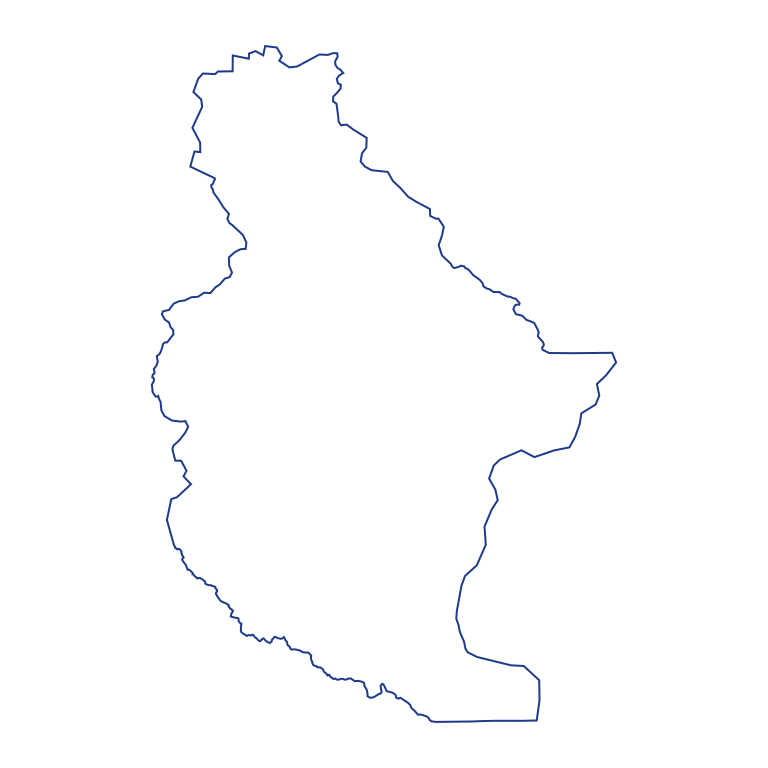 Chelan, Washington, United States of America (Albers equal-area conic projection)
{"feature_id": "52423323B33569460093340", "entity_name": "Chelan", "entity_type": "district", "adm_level": 2, "iso_a3": "USA", "parent_name": "United States of America", "parent_adm1": "Washington", "projection": "albers", "projection_center": [-120.784, 47.904], "detail": "fine", "context": "isolated", "style": "outline", "palette": "blue", "viewbox_px": 768, "rotation_deg": 0, "n_neighbors": 0, "source": "geoboundaries", "source_scale": "gbopen_adm2", "svg_char_len": 6079}
<svg xmlns="http://www.w3.org/2000/svg" viewBox="0 0 768 768"><path d="M174.0,545.3L174.9,546.5L175.0,547.6L175.2,547.9L175.9,548.0L176.3,548.7L177.2,549.3L177.8,549.4L178.2,548.9L178.7,548.9L180.1,549.5L180.6,550.4L181.3,551.2L181.5,551.6L181.4,553.2L182.0,554.0L181.9,554.5L182.0,555.1L183.0,556.4L183.2,557.2L183.6,557.5L182.5,558.6L182.2,559.1L182.2,559.7L183.2,561.6L185.0,563.8L185.5,564.6L186.2,565.3L186.6,567.4L187.1,568.2L187.4,569.5L187.7,569.8L188.6,569.6L189.1,569.7L190.8,571.0L191.0,571.5L191.3,571.9L192.3,572.4L192.6,572.8L192.8,573.8L192.6,574.3L193.4,574.4L194.9,576.5L195.8,576.9L196.9,577.9L197.3,578.5L197.9,578.0L199.0,578.1L199.8,577.9L203.0,579.8L203.6,580.6L205.0,581.4L205.3,583.5L205.7,584.0L208.1,585.0L209.1,585.2L210.2,585.1L211.1,585.5L211.6,585.4L212.0,585.8L212.9,586.1L215.2,586.8L215.5,588.3L216.3,589.0L217.1,590.4L217.2,590.9L216.8,591.3L216.9,591.8L216.1,592.6L216.0,593.1L215.9,594.1L216.6,594.8L216.9,595.3L217.0,595.9L218.5,597.9L218.9,598.2L218.9,598.7L219.6,599.6L221.3,601.6L222.4,601.7L223.7,602.6L225.2,602.8L227.4,604.5L228.4,604.8L228.9,605.4L228.6,606.4L228.9,606.9L229.3,607.1L230.1,608.5L230.5,608.9L231.5,609.2L232.0,610.0L233.0,610.9L232.9,611.3L232.1,612.4L232.0,612.9L231.1,614.2L231.0,615.7L230.8,616.3L231.4,616.8L234.1,617.4L235.1,617.8L237.7,618.0L238.5,618.7L238.7,621.3L240.1,623.0L241.3,623.6L241.5,624.0L240.8,626.3L240.8,626.7L241.1,627.2L240.8,629.3L241.0,629.8L240.8,630.8L240.9,631.3L241.1,631.8L243.0,633.6L244.4,634.4L244.8,634.4L246.4,635.8L247.0,635.9L248.3,635.1L248.8,635.0L249.8,635.3L251.6,635.4L252.0,635.2L252.3,634.8L252.7,634.7L253.9,635.7L254.7,637.1L256.9,638.6L258.0,640.0L259.2,641.0L259.7,641.1L260.7,640.8L261.2,640.4L261.3,639.7L262.9,638.5L263.3,638.4L264.2,639.0L265.5,640.6L266.5,641.1L267.2,641.9L269.8,643.0L271.5,641.6L271.8,641.2L271.8,640.1L272.0,639.6L272.9,638.9L274.0,637.4L274.7,636.8L275.1,636.8L278.2,638.3L279.4,638.4L280.5,638.8L281.8,638.6L282.8,638.1L283.7,637.1L284.1,637.3L285.0,639.1L285.3,640.1L287.1,642.0L287.2,643.6L287.8,645.3L288.5,646.0L289.4,646.5L289.9,647.3L290.3,648.5L291.1,649.5L293.9,649.3L296.8,649.7L298.2,650.2L300.5,650.6L300.9,651.3L303.9,652.5L305.0,652.3L306.6,652.7L308.0,652.5L308.8,652.9L309.3,653.4L309.4,653.9L310.4,654.7L311.2,655.5L311.2,656.0L310.8,657.1L310.9,657.6L311.1,658.0L311.0,659.4L311.9,661.0L312.4,662.8L312.4,663.3L312.9,664.1L313.3,665.1L314.2,665.6L316.5,666.1L317.0,667.0L317.5,667.3L319.6,667.3L320.6,667.5L323.1,669.5L323.5,670.5L323.8,671.6L326.6,673.9L326.9,674.3L327.2,675.3L327.7,675.5L328.0,675.5L328.7,674.8L329.2,674.8L329.6,675.3L330.3,676.5L331.3,677.6L332.2,677.9L333.4,679.0L335.4,678.5L336.4,679.5L338.5,679.7L340.9,678.9L343.2,678.9L344.5,679.7L346.3,679.4L346.7,679.5L347.6,678.8L350.8,678.4L354.6,681.1L358.1,680.9L361.6,681.6L364.1,682.9L364.5,686.1L366.8,689.9L367.5,693.5L367.5,696.2L369.9,697.7L372.5,697.6L375.1,696.4L379.0,693.9L380.6,693.6L381.7,691.6L381.0,689.0L380.6,685.9L382.1,683.9L383.3,684.2L384.5,686.4L386.6,691.1L391.1,692.3L393.3,693.1L395.6,694.9L396.1,697.6L398.5,698.7L399.5,698.1L400.4,697.8L407.7,702.6L410.1,704.8L411.4,708.0L414.8,711.0L417.9,714.7L420.1,714.5L423.0,715.1L427.2,716.7L428.7,718.1L429.6,719.8L431.2,721.3L435.9,721.9L471.6,721.5L484.9,721.0L495.6,720.8L523.1,720.8L536.7,720.5L539.5,700.5L539.2,680.2L523.7,666.0L510.9,665.3L477.1,657.0L467.7,652.3L465.3,648.3L464.1,641.8L459.8,631.7L458.5,624.9L456.3,618.8L456.8,611.3L461.5,585.6L465.0,576.0L476.8,565.3L485.8,544.7L484.5,526.7L491.5,509.9L497.7,500.1L495.4,489.7L489.1,478.6L493.8,465.4L500.1,459.5L521.4,450.3L534.4,457.1L554.1,450.4L569.4,447.4L575.2,436.8L579.8,423.7L581.3,413.4L595.6,404.5L599.3,395.5L596.9,384.0L605.8,375.6L616.1,362.5L612.2,352.8L573.4,353.2L549.1,353.0L542.6,349.8L542.0,348.0L543.2,346.2L543.9,344.4L542.7,341.7L537.9,336.4L538.2,333.8L538.8,332.5L537.4,328.9L534.2,323.0L531.2,321.6L526.1,319.7L523.8,317.1L521.8,315.6L515.9,314.1L513.4,309.4L514.2,306.7L515.6,304.9L517.4,304.6L519.2,304.7L519.6,303.2L515.7,298.7L513.2,298.2L510.0,296.7L507.8,296.6L501.7,293.9L499.6,292.1L493.4,292.0L489.4,289.2L486.8,288.5L483.3,286.3L482.7,283.3L479.7,279.8L473.4,275.3L469.9,271.2L467.8,269.1L465.3,268.1L464.2,266.4L460.7,265.7L459.2,266.7L454.4,268.1L452.2,266.6L450.6,263.6L442.0,255.5L438.7,245.3L442.1,235.1L443.8,226.8L438.4,218.6L435.8,218.7L430.2,215.9L429.9,209.0L417.0,202.2L408.2,196.8L400.8,188.4L393.0,181.1L387.7,171.9L371.5,170.2L364.9,166.6L360.6,161.6L362.0,153.3L366.3,147.7L366.7,137.9L353.5,129.7L346.7,124.6L341.0,125.2L338.6,121.7L338.3,117.1L336.5,103.8L333.0,101.3L333.3,96.5L336.6,93.3L340.6,88.6L340.8,84.8L337.9,83.3L336.8,78.9L339.0,75.8L342.5,73.3L343.2,73.1L340.3,69.5L337.7,68.2L335.4,64.9L335.1,61.4L337.7,56.6L337.2,53.3L333.1,53.1L327.8,54.9L319.4,54.5L297.1,66.5L289.4,67.4L279.3,60.8L281.9,56.1L276.8,47.5L265.2,46.1L263.2,55.3L255.5,51.1L249.0,53.6L248.8,58.7L232.8,55.5L232.6,71.3L218.0,71.5L215.1,74.1L202.9,73.5L198.2,78.7L193.4,92.0L201.2,99.5L202.2,106.8L192.4,127.8L200.1,142.5L200.3,152.1L194.5,151.5L190.3,166.6L214.7,178.2L215.0,179.0L212.7,184.0L211.1,185.2L211.7,187.9L212.9,189.5L213.4,192.3L218.5,199.5L223.6,207.6L229.0,213.9L227.3,218.9L229.6,223.3L232.1,224.9L242.9,235.0L246.4,242.6L245.6,248.9L240.6,249.2L234.8,252.1L228.9,257.4L229.2,265.8L232.0,272.6L229.7,277.1L224.9,278.6L219.7,284.5L215.3,287.4L210.4,293.1L204.3,292.7L197.9,296.8L191.4,297.2L184.6,300.5L179.1,301.2L173.6,303.7L169.0,309.9L162.9,311.4L161.9,314.3L164.8,319.5L169.1,322.6L170.5,327.1L173.2,330.1L173.4,334.3L167.1,342.4L164.9,342.4L162.8,344.3L162.4,346.8L161.0,351.1L159.7,353.8L156.8,356.2L157.8,362.0L156.1,366.1L153.8,369.1L154.6,373.0L152.7,374.8L152.3,377.4L153.5,378.0L154.1,380.0L153.6,381.5L151.9,384.7L152.7,392.3L155.6,396.6L157.6,396.5L158.3,396.0L159.0,398.9L160.6,401.9L161.4,410.4L164.5,416.1L171.8,420.5L180.8,421.6L185.4,421.1L188.2,426.8L185.3,432.6L179.7,439.9L173.4,445.7L172.4,449.3L175.3,460.6L181.2,460.8L186.5,470.8L183.5,476.4L191.0,484.2L177.0,497.2L171.3,499.1L166.9,519.9L174.0,545.3Z" fill="none" stroke="#1e3a8a" stroke-width="2"/></svg>